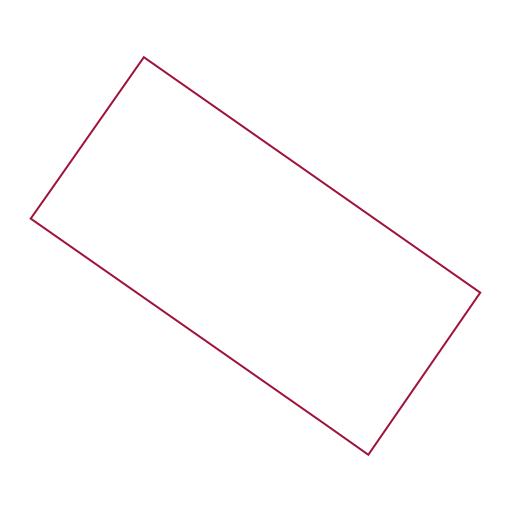 the district of Perkins, Nebraska, United States of America, rotated 35°
{"feature_id": "52423323B31196592045480", "entity_name": "Perkins", "entity_type": "district", "adm_level": 2, "iso_a3": "USA", "parent_name": "United States of America", "parent_adm1": "Nebraska", "projection": "natural_earth1", "projection_center": [-101.706, 40.851], "detail": "fine", "context": "isolated", "style": "outline", "palette": "rose", "viewbox_px": 512, "rotation_deg": 35, "n_neighbors": 0, "source": "geoboundaries", "source_scale": "gbopen_adm2", "svg_char_len": 257}
<svg xmlns="http://www.w3.org/2000/svg" viewBox="0 0 512 512"><g transform="rotate(35 256 256)"><path d="M460.7,157.4L50.1,157.5L50.1,158.5L50.1,321.1L50.0,354.6L412.1,354.2L462.0,354.4L460.7,157.4Z" fill="none" stroke="#9f1239" stroke-width="2"/></g></svg>